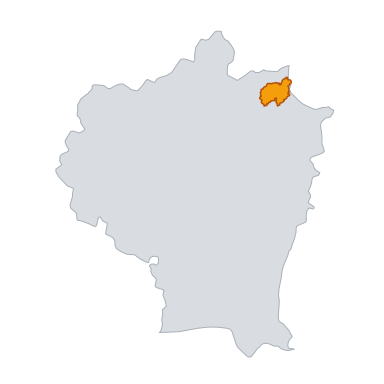 Gomel, Gomel, Belarus shown in context, rotated 273°
{"feature_id": "67162791B13261784360532", "entity_name": "Gomel", "entity_type": "district", "adm_level": 2, "iso_a3": "BLR", "parent_name": "Belarus", "parent_adm1": "Gomel", "projection": "albers", "projection_center": [30.956, 52.323], "detail": "fine", "context": "in_parent", "style": "filled", "palette": "amber", "viewbox_px": 384, "rotation_deg": 273, "n_neighbors": 0, "source": "geoboundaries", "source_scale": "gbopen_adm2", "svg_char_len": 7543}
<svg xmlns="http://www.w3.org/2000/svg" viewBox="0 0 384 384"><g transform="rotate(273 192 192)"><path d="M323.2,282.3L316.7,282.0L308.9,282.2L304.5,285.3L299.7,283.8L296.4,285.5L288.6,294.0L285.5,298.5L282.6,305.5L280.8,310.6L281.8,314.3L283.2,317.6L283.5,321.3L284.2,324.1L282.3,326.2L281.1,329.2L277.8,328.6L273.8,325.7L272.9,321.6L269.9,318.7L267.8,317.2L264.4,316.9L259.0,318.1L252.0,319.1L246.6,319.2L243.7,320.7L239.4,322.0L237.7,320.3L235.5,315.5L233.6,310.8L232.3,308.7L231.2,308.1L229.7,308.2L228.1,309.6L226.8,311.1L222.3,312.8L220.3,314.4L218.0,318.6L216.6,318.2L215.1,317.2L213.6,312.4L211.3,311.2L207.6,311.0L203.0,309.8L199.3,308.2L197.9,308.5L195.6,310.4L193.2,310.6L188.0,308.6L186.9,309.4L183.6,314.6L182.2,314.7L181.4,314.0L182.1,309.5L179.1,307.7L173.9,307.2L170.3,307.7L168.5,307.4L167.6,306.5L163.6,298.5L161.3,297.9L157.1,298.0L150.9,296.8L143.9,294.6L140.0,293.7L138.1,291.9L133.7,291.0L122.2,286.9L117.4,286.0L110.4,285.5L99.7,283.9L92.8,283.8L89.5,284.6L85.7,284.9L72.9,284.7L68.2,285.2L66.8,286.7L65.0,290.1L59.1,295.7L53.6,299.3L52.6,299.6L49.8,297.1L47.4,296.1L44.5,295.6L42.3,296.1L40.9,297.0L40.6,301.7L40.3,302.1L38.6,296.3L39.3,291.2L40.8,288.4L42.6,286.0L42.4,282.0L44.4,277.0L44.8,273.2L44.4,271.5L43.3,269.5L40.2,267.1L39.0,265.4L34.7,262.7L30.6,259.6L30.0,257.8L30.3,256.7L31.3,255.1L35.2,250.4L39.3,245.9L41.9,244.2L54.8,239.2L57.0,237.2L57.8,233.5L58.3,226.0L58.2,219.1L57.8,214.3L56.3,205.2L51.8,186.4L50.0,167.0L52.4,168.4L58.0,169.4L62.7,168.6L65.1,168.6L67.1,169.2L73.2,168.7L74.6,170.6L77.1,172.3L82.6,170.6L87.5,168.4L92.3,169.1L93.1,167.8L94.8,161.2L96.4,159.9L102.1,161.0L104.3,160.0L106.8,156.9L110.4,155.1L113.2,155.3L116.3,153.2L117.7,154.9L118.2,157.7L117.0,159.8L117.4,160.7L119.3,162.0L122.8,162.2L125.2,161.5L125.8,160.2L125.9,157.9L125.5,155.7L124.2,153.8L121.5,152.6L119.5,152.4L119.3,151.2L120.1,148.8L122.2,144.2L124.6,140.2L126.0,138.7L126.3,137.3L126.3,134.7L126.5,130.1L128.9,123.9L131.7,119.2L135.2,117.9L139.4,117.4L142.2,115.3L143.7,112.7L145.0,108.7L146.4,107.9L156.3,109.1L158.0,105.0L158.9,103.9L160.9,102.8L162.3,101.4L161.9,100.3L159.4,99.4L153.5,98.4L152.4,96.9L152.9,95.3L154.7,91.2L156.6,85.8L157.6,81.6L157.8,79.1L158.7,78.5L163.5,78.0L165.2,77.2L169.6,71.7L172.8,70.9L180.8,72.8L184.5,72.8L189.2,73.5L189.6,72.9L191.5,67.3L199.9,58.4L204.2,55.4L206.9,54.8L207.9,55.0L211.9,60.1L212.9,60.3L215.8,58.3L220.8,58.3L223.0,60.1L226.0,66.1L227.7,66.9L232.6,63.7L235.3,62.7L237.0,62.8L245.9,67.6L246.5,69.1L246.6,70.8L245.0,76.2L246.8,79.5L249.0,81.8L253.7,78.2L255.5,77.2L257.3,77.2L259.9,75.9L261.7,73.8L263.5,73.1L266.8,73.7L272.8,73.2L279.8,76.5L280.4,77.6L283.8,81.4L285.1,83.3L286.2,83.9L288.1,85.8L290.6,87.0L292.3,86.6L293.2,87.2L293.9,88.7L294.0,91.2L293.7,98.3L291.2,102.1L290.9,103.4L291.0,104.9L293.0,108.0L295.6,112.8L296.2,115.6L296.2,117.7L292.6,123.8L291.4,125.2L290.6,128.3L290.2,131.3L290.4,132.6L296.4,137.5L300.9,140.1L301.9,141.4L301.9,142.2L299.6,147.5L299.4,148.9L302.9,151.0L304.9,154.5L306.7,160.0L310.1,165.4L322.9,173.1L324.1,174.5L324.5,176.1L324.1,179.8L321.9,186.8L324.1,187.8L329.7,187.5L336.6,188.2L345.0,193.0L345.0,195.2L344.2,197.2L344.8,199.4L345.8,201.1L353.1,206.5L353.8,208.1L354.0,210.8L353.9,212.7L351.9,213.2L349.7,214.2L346.1,216.6L344.7,220.0L338.9,224.7L335.3,226.8L332.4,227.0L325.5,226.1L323.0,223.9L322.0,221.8L319.4,220.9L315.8,220.8L311.0,221.2L310.0,221.9L309.2,224.4L307.2,228.8L305.7,231.3L311.9,239.9L315.1,243.4L316.1,245.6L316.1,247.2L314.6,249.0L314.8,252.7L317.9,257.5L316.9,258.3L316.7,264.2L316.7,270.6L317.6,272.1L319.2,273.4L320.7,275.7L323.0,280.9L323.2,282.3Z" fill="#d9dde1" stroke="#a8b0b8" stroke-width="1"/><path d="M294.4,255.1L294.1,255.2L293.8,255.3L293.5,255.4L293.2,255.5L292.7,255.6L292.3,255.7L292.1,255.7L291.9,255.6L291.8,255.4L291.6,255.4L291.6,255.5L291.6,255.8L291.4,256.0L291.1,256.1L290.8,255.8L290.5,255.4L290.2,255.0L289.7,254.7L289.0,254.8L288.5,255.1L288.2,255.4L288.1,255.8L288.0,256.2L287.8,256.8L287.4,257.0L287.0,257.0L286.4,256.7L286.0,256.6L285.2,256.5L284.8,256.9L284.3,257.2L283.9,257.7L283.8,258.2L283.5,258.7L283.1,259.1L282.8,259.4L282.2,259.6L281.7,259.5L281.7,260.1L281.9,260.4L282.1,260.5L282.4,260.8L282.3,261.1L282.3,261.5L282.2,261.7L282.4,262.0L282.7,262.2L283.2,262.2L283.4,262.2L283.6,262.1L283.9,262.1L284.1,262.2L284.3,262.4L284.2,262.9L284.1,263.1L284.0,263.3L284.1,263.5L284.5,263.6L284.9,263.8L285.1,263.9L285.3,264.0L285.5,264.4L285.6,264.7L285.6,265.0L285.7,265.4L286.1,265.5L286.3,265.4L286.7,265.6L286.9,265.9L286.8,266.1L286.9,266.3L287.1,266.5L287.3,266.8L287.5,267.1L287.5,267.3L287.4,267.5L287.4,267.8L287.5,268.0L287.4,268.6L287.5,269.0L288.1,269.6L288.6,269.7L289.1,269.8L289.3,269.7L289.5,269.6L289.8,269.9L290.0,270.3L290.2,270.8L290.3,271.0L290.0,271.3L289.9,271.3L289.7,271.1L289.1,271.0L288.8,271.2L288.4,271.4L288.2,271.5L287.6,271.4L287.4,271.2L287.1,270.9L286.9,271.2L286.5,271.5L286.2,271.5L285.6,271.5L285.5,272.1L285.2,272.1L284.5,272.4L284.2,272.4L283.5,272.6L282.8,272.6L282.5,272.9L282.6,273.4L283.0,274.0L283.3,274.3L283.4,274.7L283.4,275.0L283.6,275.1L283.9,275.0L284.2,274.8L284.5,274.8L284.8,274.9L285.2,275.3L285.4,275.5L285.7,276.4L285.8,277.0L286.2,277.5L286.5,277.8L287.0,278.3L287.2,278.8L287.4,279.0L287.6,279.1L287.9,279.3L288.1,279.3L288.4,279.3L288.6,279.2L288.8,278.8L289.1,278.8L289.3,279.1L289.4,279.4L289.5,279.8L289.6,280.2L289.8,280.6L290.0,281.0L290.3,281.2L290.6,281.5L291.3,281.8L291.7,281.9L292.1,282.1L292.3,282.3L292.6,282.6L292.8,282.8L292.9,283.2L292.9,283.5L293.2,283.9L293.4,284.2L293.7,284.4L294.1,284.5L294.4,284.5L294.7,284.3L294.9,284.0L294.9,283.8L294.9,283.5L294.9,283.1L295.0,282.8L295.7,283.1L295.9,283.0L296.0,282.8L296.2,282.7L296.4,282.8L296.5,283.0L296.7,283.5L296.9,283.8L297.0,283.5L297.3,283.3L297.6,283.2L297.8,283.3L298.4,283.3L299.0,283.4L299.9,283.4L300.5,283.4L300.9,283.2L301.6,282.9L302.1,282.8L302.4,282.5L302.7,282.3L303.0,282.4L303.2,282.9L303.4,283.2L303.6,283.5L304.0,283.7L304.4,283.9L305.0,283.8L305.3,284.0L305.3,284.3L305.5,284.7L305.7,285.0L306.4,285.3L306.8,285.4L307.1,285.4L307.7,285.4L308.0,285.0L308.5,284.7L308.8,284.4L309.1,283.5L309.1,282.7L309.1,282.3L309.2,281.9L309.5,281.8L309.8,281.8L310.4,281.6L310.7,281.5L311.2,281.4L311.4,281.2L311.5,280.8L311.4,280.4L311.2,280.1L311.3,280.0L310.9,279.8L310.7,279.8L310.2,279.9L310.0,279.7L310.2,279.3L310.3,279.2L310.2,278.7L310.0,278.3L309.7,278.0L309.2,277.5L308.8,276.9L308.4,276.5L307.9,276.3L307.4,276.2L306.5,275.9L305.8,275.7L305.2,275.5L304.5,275.5L304.1,275.4L303.9,275.2L303.8,274.9L303.8,274.7L303.7,274.3L303.7,274.0L303.9,273.6L304.1,273.7L304.4,274.0L304.6,274.1L304.8,274.1L304.9,273.8L305.1,273.8L305.2,273.6L305.2,273.3L305.0,273.1L304.9,272.9L305.1,272.6L305.4,272.3L305.3,272.2L305.1,272.1L304.9,271.7L305.0,271.6L305.1,271.2L305.4,270.6L305.6,270.4L305.7,269.9L305.5,269.6L305.3,269.4L305.1,269.2L305.1,268.6L305.1,268.3L305.0,268.0L305.0,267.7L304.8,267.3L304.8,266.9L304.8,266.6L304.7,266.4L304.3,266.2L304.3,265.9L304.3,265.5L304.5,265.1L304.3,264.8L304.2,264.4L304.3,264.1L304.4,263.8L304.4,263.3L304.3,262.8L304.2,262.5L304.2,262.3L304.3,262.0L304.0,261.7L303.8,261.5L303.5,261.3L303.3,261.1L302.7,260.9L302.3,260.8L301.8,260.7L301.5,260.5L301.2,260.1L301.0,259.5L300.9,259.2L300.6,258.7L300.4,258.3L300.0,258.1L299.8,257.9L299.3,257.7L298.9,257.6L298.7,257.5L298.4,257.2L298.3,256.9L298.3,256.5L298.3,256.0L298.1,255.7L297.9,255.7L297.5,255.7L297.0,255.7L296.4,255.6L296.0,255.6L295.5,255.5L295.1,255.4L294.8,255.3L294.4,255.2L294.4,255.1Z" fill="#f59e0b" stroke="#b45309" stroke-width="1.5"/></g></svg>